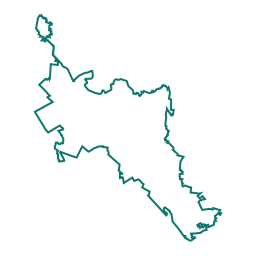 outline of San Juan Bautista Tuxtepec, Oaxaca, Mexico
{"feature_id": "50627088B4470320076946", "entity_name": "San Juan Bautista Tuxtepec", "entity_type": "district", "adm_level": 2, "iso_a3": "MEX", "parent_name": "Mexico", "parent_adm1": "Oaxaca", "projection": "albers", "projection_center": [-96.099, 18.051], "detail": "fine", "context": "isolated", "style": "outline", "palette": "teal", "viewbox_px": 256, "rotation_deg": 0, "n_neighbors": 0, "source": "geoboundaries", "source_scale": "gbopen_adm2", "svg_char_len": 5679}
<svg xmlns="http://www.w3.org/2000/svg" viewBox="0 0 256 256"><path d="M195.1,237.7L194.5,237.1L194.1,237.1L192.5,238.3L191.9,237.4L192.0,237.0L191.7,237.1L192.0,235.1L191.8,235.3L191.8,235.1L191.4,234.9L191.0,233.6L194.6,233.5L200.9,232.8L201.2,232.1L201.9,231.9L203.3,230.7L206.6,229.8L206.1,228.5L206.6,227.8L206.4,226.9L204.2,226.3L203.7,226.7L203.3,227.0L202.9,226.9L202.9,227.3L202.0,227.0L200.9,227.2L200.0,228.0L199.4,226.1L198.0,226.6L197.4,225.0L198.7,224.6L198.8,224.1L199.9,223.5L200.9,223.3L201.6,225.1L203.6,224.2L206.4,225.3L208.2,224.8L208.6,227.0L213.5,225.0L214.0,224.5L213.9,222.4L214.4,221.7L214.4,221.2L216.0,220.9L215.0,219.1L216.3,218.2L215.3,217.4L214.9,216.7L215.2,215.7L216.9,214.7L217.5,213.9L218.2,213.8L220.2,214.9L221.1,213.2L220.3,213.0L220.1,213.4L218.6,212.6L220.3,210.2L213.1,208.1L212.7,209.6L211.0,209.1L208.5,209.0L202.2,209.9L198.5,202.0L200.1,200.5L205.0,199.0L202.4,196.2L199.9,198.5L197.6,196.0L200.3,193.4L199.5,193.6L190.6,192.5L191.1,187.4L189.0,187.0L185.1,185.5L183.3,186.5L182.3,185.8L182.3,184.9L182.6,184.2L182.4,183.8L182.8,183.5L182.4,183.0L182.2,183.2L181.6,181.0L181.7,180.1L182.1,179.5L181.5,179.6L181.5,179.2L179.9,179.0L180.0,178.5L180.3,178.4L180.3,177.6L179.6,176.6L179.7,174.1L182.6,173.8L182.4,172.0L182.6,171.9L182.2,171.5L181.6,171.6L180.7,170.7L180.9,170.1L179.8,169.9L180.5,161.4L183.5,156.8L178.3,155.5L178.7,155.3L176.4,152.9L173.2,150.2L173.7,150.1L173.3,147.4L168.5,142.7L167.3,143.0L167.1,142.7L167.4,142.9L167.7,142.6L167.9,141.7L167.5,141.7L168.1,141.3L167.8,141.0L166.4,140.8L166.0,139.9L165.7,140.1L165.2,139.9L165.3,139.2L164.8,139.5L164.7,139.0L165.4,138.3L165.4,137.7L167.7,135.4L167.3,134.8L167.8,134.5L167.7,133.6L168.1,133.1L168.0,132.1L168.8,131.1L167.4,129.9L167.3,129.5L166.1,128.7L166.5,126.5L166.4,126.2L165.5,125.9L165.5,122.6L166.2,117.8L165.8,114.0L166.9,109.9L166.9,108.8L170.9,114.7L171.0,115.3L172.3,115.4L172.3,114.1L173.1,114.1L173.6,109.9L171.0,109.8L171.1,99.5L168.9,98.7L169.4,96.4L169.9,92.6L168.6,87.5L167.6,89.1L167.5,88.0L167.2,88.1L167.1,87.5L166.3,86.9L165.9,86.1L165.4,85.8L164.9,86.0L164.2,85.8L163.8,85.3L163.6,85.7L163.1,85.7L162.9,85.5L162.5,86.0L162.1,85.9L161.4,87.1L161.6,87.5L160.6,87.9L160.1,88.5L158.8,88.5L158.5,89.1L157.6,89.0L156.2,89.5L155.3,91.0L153.8,91.6L153.7,91.9L153.3,91.7L153.0,92.1L152.8,91.8L152.7,92.0L152.5,91.8L152.5,91.3L152.2,91.6L151.9,91.3L151.7,91.9L151.0,92.7L149.9,93.1L149.0,93.1L143.8,91.0L143.0,92.6L141.5,91.8L141.5,94.3L139.7,96.0L139.0,95.5L138.9,94.5L138.0,93.1L137.5,92.9L136.6,92.9L136.5,93.5L135.9,94.1L134.6,93.6L133.7,93.9L132.7,90.0L128.5,86.2L126.6,80.9L120.6,79.1L118.6,79.9L116.0,79.3L114.5,80.2L113.5,82.5L113.4,84.0L112.6,84.4L111.6,84.1L111.0,84.4L110.7,85.5L111.4,87.7L111.2,89.7L108.7,91.2L107.0,91.8L106.0,92.8L105.2,92.8L103.7,90.7L102.8,90.3L102.2,91.1L101.7,92.7L100.8,93.7L100.3,93.9L98.5,93.8L94.3,92.6L88.4,90.1L86.0,87.3L84.9,85.6L85.0,84.7L85.6,83.8L87.0,83.2L87.1,82.9L86.9,81.7L85.4,80.0L85.2,79.3L85.7,78.9L91.1,78.7L92.1,77.8L92.6,76.8L92.8,74.8L92.3,71.1L91.4,70.8L88.2,72.4L84.3,73.1L79.0,75.7L74.5,79.7L74.2,81.2L73.2,81.1L67.8,69.4L66.4,68.1L62.8,66.3L61.5,63.8L53.0,54.8L53.9,46.9L53.5,45.8L51.2,43.9L47.7,40.2L46.4,40.2L45.5,40.7L45.0,39.9L45.8,39.2L44.8,38.7L45.7,38.6L45.6,38.1L46.6,37.5L46.6,36.8L47.0,36.1L47.6,36.3L47.6,37.0L49.9,37.4L49.4,36.0L49.4,35.0L50.3,34.9L50.3,34.6L51.6,34.8L52.0,34.0L52.6,33.9L50.9,33.3L50.6,32.5L51.2,31.6L50.8,31.4L51.0,30.9L49.1,30.3L48.8,29.8L49.0,29.3L49.9,29.4L50.7,28.9L49.3,28.0L49.3,25.5L49.8,24.9L50.7,24.9L50.7,24.4L51.7,24.4L52.0,23.9L50.9,22.7L50.6,23.0L49.9,22.5L49.7,22.9L48.4,23.0L47.0,22.2L46.1,22.2L46.1,21.6L46.8,20.5L46.7,20.3L46.3,20.6L46.0,19.9L46.2,19.4L46.5,20.0L46.4,19.0L45.3,18.7L45.2,18.5L45.6,18.3L45.2,18.0L44.7,18.3L44.3,17.9L43.9,18.4L43.2,17.6L42.5,17.7L42.3,16.4L41.6,15.6L41.5,16.1L41.0,16.1L40.4,15.5L39.6,15.4L38.0,18.1L36.0,28.7L37.0,29.4L37.4,30.8L38.2,30.8L38.4,31.2L39.2,33.0L38.7,34.2L39.0,34.2L40.2,35.7L40.9,35.9L41.0,36.4L41.3,36.6L41.1,36.7L43.0,36.8L43.5,37.4L42.6,39.3L41.7,40.4L45.1,40.6L45.1,41.3L46.4,40.6L47.7,40.5L53.3,46.1L53.7,47.4L52.7,54.7L56.5,59.2L55.5,60.2L55.3,61.1L57.7,61.3L58.1,61.8L57.7,65.0L50.8,64.2L49.9,78.6L49.7,78.8L49.2,78.4L49.1,79.1L48.9,78.7L48.3,78.8L47.0,79.8L45.7,78.8L39.2,84.7L46.3,91.8L48.1,94.2L49.9,95.8L47.4,97.3L52.7,102.0L34.9,111.8L45.5,129.4L48.2,132.5L59.8,125.5L61.3,127.1L62.9,128.2L63.2,129.4L62.8,129.6L58.4,130.9L60.3,133.2L61.1,135.1L61.7,135.1L62.4,137.2L63.3,138.4L63.1,143.1L62.6,143.5L61.3,143.0L60.1,144.0L59.0,144.2L57.3,142.5L55.9,142.6L55.6,143.5L55.7,144.3L54.7,147.2L55.1,148.7L58.0,150.7L57.1,151.9L57.6,153.1L57.1,153.5L58.2,155.4L57.9,156.2L58.1,157.5L57.9,158.3L59.1,160.3L58.7,160.6L59.0,161.3L59.4,161.6L64.2,160.8L63.9,159.3L60.1,152.2L60.3,151.8L73.7,156.7L76.6,157.5L82.3,146.4L88.3,151.5L89.0,151.6L94.8,147.8L96.7,147.5L97.4,146.7L102.6,146.2L103.2,146.4L103.0,147.0L107.6,147.5L107.3,150.2L108.4,151.8L108.6,152.9L108.3,154.6L119.7,164.7L118.7,170.5L122.8,174.1L120.5,173.5L120.2,172.9L119.9,172.9L119.9,178.0L121.6,177.9L121.7,178.2L121.8,177.6L121.5,177.3L121.9,177.1L122.9,177.7L123.8,183.0L132.3,177.6L134.3,180.9L138.3,179.3L140.4,181.0L140.7,181.6L142.3,183.3L143.6,184.2L142.2,187.4L145.1,189.2L149.6,191.5L148.8,195.1L148.1,195.6L166.2,215.4L167.1,214.4L166.5,212.7L165.4,212.0L165.1,212.2L163.9,210.9L163.8,208.7L164.3,207.7L164.4,207.2L164.2,207.1L164.3,207.2L165.5,207.8L166.3,208.4L169.9,211.2L169.7,211.8L170.1,212.5L171.5,214.2L172.6,221.3L173.3,222.5L177.4,227.3L184.5,237.0L184.8,236.0L185.4,236.0L186.2,238.6L186.6,238.9L187.5,238.8L188.7,240.1L190.6,240.6L191.3,240.5L195.1,237.7Z" fill="none" stroke="#0f766e" stroke-width="2"/></svg>